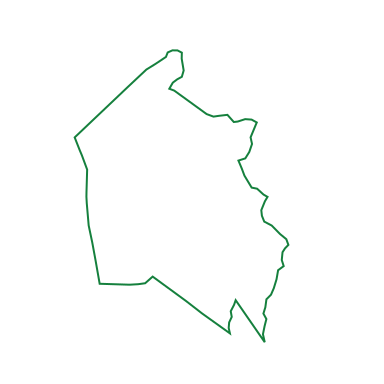 Santana do Mundaú, Alagoas, Brazil, rotated 115°
{"feature_id": "56859067B55013789600904", "entity_name": "Santana do Mundaú", "entity_type": "district", "adm_level": 2, "iso_a3": "BRA", "parent_name": "Brazil", "parent_adm1": "Alagoas", "projection": "albers", "projection_center": [-36.203, -9.124], "detail": "fine", "context": "isolated", "style": "outline", "palette": "green", "viewbox_px": 384, "rotation_deg": 115, "n_neighbors": 0, "source": "geoboundaries", "source_scale": "gbopen_adm2", "svg_char_len": 1132}
<svg xmlns="http://www.w3.org/2000/svg" viewBox="0 0 384 384"><g transform="rotate(115 192 192)"><path d="M70.0,260.1L69.8,265.0L71.9,269.6L75.8,273.0L80.6,272.7L91.6,279.4L100.3,285.1L123.3,294.3L192.1,321.4L201.5,311.5L205.4,307.2L216.0,296.5L237.1,287.4L240.9,285.7L246.7,282.6L266.0,271.5L280.0,261.0L294.9,250.4L314.2,236.9L302.4,209.4L298.3,201.8L294.5,195.9L285.3,191.9L293.3,151.4L297.8,131.6L304.1,97.9L299.7,101.3L294.5,103.2L288.4,103.2L283.7,106.5L276.5,106.2L271.6,106.7L297.4,62.6L290.9,67.6L283.0,69.5L275.7,70.9L272.0,75.9L265.5,76.8L257.8,79.2L251.7,77.0L244.6,77.2L235.4,78.5L226.5,80.9L220.4,77.6L215.7,81.9L208.3,84.5L203.8,83.9L199.2,82.3L194.9,86.6L192.9,94.4L188.7,105.6L188.3,114.0L184.0,118.6L179.2,121.5L169.6,122.0L164.5,121.5L164.1,126.1L161.5,134.4L162.8,139.8L155.0,151.4L149.7,156.8L143.9,163.2L139.0,157.9L131.5,157.0L123.1,157.9L117.7,162.0L101.6,162.7L101.2,168.6L103.5,174.6L108.8,180.3L110.9,183.7L107.1,192.5L111.4,199.5L114.6,204.4L115.2,211.7L107.6,251.0L108.0,256.2L101.0,255.6L96.1,253.0L91.9,249.9L85.4,250.9L75.5,257.7L70.0,260.1Z" fill="none" stroke="#15803d" stroke-width="2"/></g></svg>